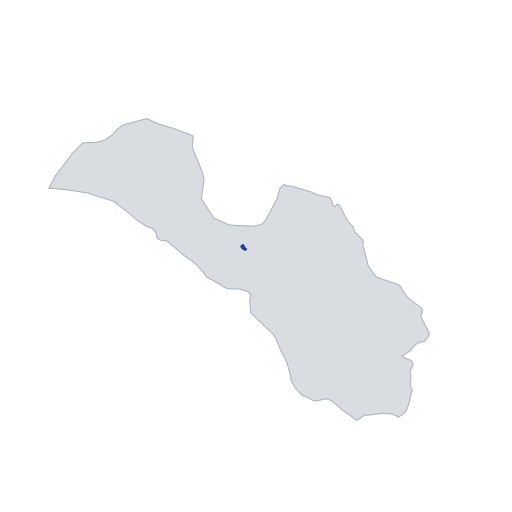 Salaspils, Salaspils, Latvia (highlighted), rotated 34°
{"feature_id": "27541924B10713926826642", "entity_name": "Salaspils", "entity_type": "district", "adm_level": 2, "iso_a3": "LVA", "parent_name": "Latvia", "parent_adm1": "Salaspils", "projection": "robinson", "projection_center": [24.35, 56.87], "detail": "fine", "context": "in_parent", "style": "filled", "palette": "blue", "viewbox_px": 512, "rotation_deg": 34, "n_neighbors": 0, "source": "geoboundaries", "source_scale": "gbopen_adm2", "svg_char_len": 3147}
<svg xmlns="http://www.w3.org/2000/svg" viewBox="0 0 512 512"><g transform="rotate(34 256 256)"><path d="M373.3,345.8L370.3,345.4L361.9,343.1L354.8,339.6L350.5,335.0L343.1,328.6L338.3,325.4L330.7,321.3L318.1,313.0L313.5,311.1L291.2,307.5L283.1,305.9L275.7,296.5L273.3,291.0L269.6,290.1L265.7,291.2L261.3,292.3L251.3,298.7L248.1,299.6L241.9,299.7L227.3,301.1L220.7,298.7L209.3,296.2L203.0,295.8L197.5,295.9L173.1,293.4L168.6,296.1L164.1,296.6L159.7,292.4L154.3,291.2L148.3,292.6L137.3,292.8L124.4,291.4L107.9,290.4L105.4,290.8L87.0,296.4L82.4,297.3L62.3,306.8L46.3,315.6L44.8,301.5L46.5,273.2L49.1,259.1L60.2,251.0L65.7,244.6L69.1,236.1L70.2,228.2L72.5,221.7L88.6,203.1L101.0,201.1L117.9,195.9L136.7,191.6L140.2,197.1L142.0,201.3L164.5,216.5L170.2,221.6L178.8,239.2L199.8,248.1L216.4,245.3L223.6,241.0L236.8,233.0L242.7,227.2L243.9,221.6L241.6,197.5L238.0,187.1L239.2,180.7L241.5,181.0L247.1,177.9L265.5,172.1L269.1,171.8L273.3,170.6L284.8,166.2L288.5,168.5L291.7,171.2L293.4,171.2L294.2,170.2L293.9,168.5L294.7,167.3L298.1,168.0L311.5,175.2L316.7,176.9L320.2,177.4L324.4,180.8L335.9,183.1L337.3,184.8L338.2,187.0L349.0,196.2L353.9,200.9L363.5,205.1L367.6,206.1L384.2,201.8L388.9,200.3L392.7,200.3L396.7,202.5L405.6,205.6L413.8,206.5L415.2,206.3L422.1,206.6L424.5,207.8L426.3,213.7L434.2,218.3L441.5,222.2L443.4,223.9L444.0,227.3L443.6,231.3L442.8,233.4L439.8,235.8L437.3,241.8L437.1,247.6L433.1,257.5L434.1,257.7L442.8,255.9L445.3,256.9L447.3,259.1L448.1,265.3L451.0,268.1L454.1,272.5L455.1,275.9L460.8,280.0L461.3,282.6L465.0,291.9L466.4,297.2L467.2,301.4L465.6,306.6L464.2,310.2L462.4,309.9L457.4,310.9L449.5,315.2L437.9,325.3L434.9,327.5L431.9,335.2L431.2,336.0L424.2,335.6L422.4,335.4L415.4,335.6L400.2,333.6L394.4,334.9L386.8,342.7L383.8,343.8L374.9,344.9L373.3,345.8Z" fill="#d9dde1" stroke="#a8b0b8" stroke-width="1"/><path d="M239.0,255.9L238.9,255.9L238.8,256.0L239.0,256.0L238.9,256.1L239.0,256.1L238.9,256.2L238.8,256.3L238.7,256.3L238.7,256.5L238.8,256.5L239.0,256.6L239.0,256.8L239.3,257.0L239.5,257.1L239.8,257.2L240.0,257.2L240.2,257.3L240.5,257.3L240.8,257.3L241.0,257.3L241.3,257.4L241.5,257.4L241.4,257.3L241.3,257.2L241.5,257.0L241.7,256.9L241.9,256.9L242.0,256.9L242.2,257.0L242.2,256.9L242.3,256.9L242.4,256.7L242.5,256.7L242.5,256.8L242.6,256.7L242.6,256.8L242.8,256.8L243.3,256.9L243.5,256.9L243.7,257.0L243.7,256.9L243.8,256.7L244.0,256.3L244.0,256.2L243.8,256.2L243.7,256.1L243.7,255.9L243.8,255.9L243.9,255.7L243.7,255.7L243.4,255.7L243.3,255.8L243.2,255.8L242.9,255.8L243.0,255.7L242.9,255.7L242.9,255.8L242.7,255.9L242.4,255.7L242.2,255.6L242.0,255.4L241.9,255.4L241.9,255.5L241.8,255.4L242.0,255.3L241.9,255.2L241.7,255.3L241.5,255.2L241.4,255.2L241.2,255.3L241.1,255.2L240.9,255.1L240.7,254.9L240.4,254.8L240.4,254.7L240.3,254.4L240.4,254.5L240.4,254.3L240.5,254.3L240.4,254.3L240.1,254.3L240.1,254.2L239.9,254.0L239.7,254.0L239.4,254.1L239.5,254.3L239.5,254.5L239.4,254.4L239.2,254.4L239.0,254.5L238.9,254.6L238.7,254.6L238.6,254.8L238.4,254.8L238.4,255.1L238.5,255.1L238.7,255.3L239.1,255.2L239.1,255.3L239.3,255.4L239.3,255.5L239.2,255.6L239.0,255.9Z" fill="#3b82f6" stroke="#1e3a8a" stroke-width="1.5"/></g></svg>